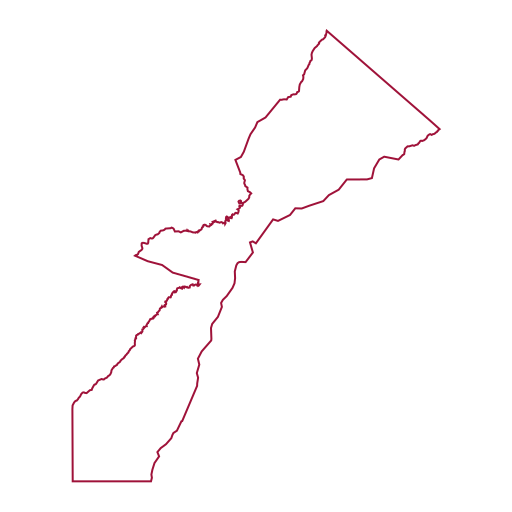 the district of Manoel Urbano, Acre, Brazil
{"feature_id": "56859067B24533287655933", "entity_name": "Manoel Urbano", "entity_type": "district", "adm_level": 2, "iso_a3": "BRA", "parent_name": "Brazil", "parent_adm1": "Acre", "projection": "albers", "projection_center": [-69.938, -9.396], "detail": "fine", "context": "isolated", "style": "outline", "palette": "rose", "viewbox_px": 512, "rotation_deg": 0, "n_neighbors": 0, "source": "geoboundaries", "source_scale": "gbopen_adm2", "svg_char_len": 6051}
<svg xmlns="http://www.w3.org/2000/svg" viewBox="0 0 512 512"><path d="M235.4,159.9L240.2,172.4L240.4,174.1L241.9,174.7L243.2,175.5L243.9,177.0L243.6,178.0L243.9,178.9L244.6,179.6L244.9,180.4L244.3,182.6L244.3,183.5L245.1,185.1L245.3,186.1L247.5,187.6L247.4,189.2L247.9,191.2L250.0,192.2L251.2,193.4L250.1,194.5L249.3,195.7L249.2,197.5L248.4,198.9L245.2,201.8L242.6,203.2L242.9,204.0L242.5,205.4L241.9,205.9L239.5,205.6L239.3,206.3L240.0,207.5L239.4,208.3L237.5,209.3L238.3,209.9L238.7,210.5L238.4,212.1L237.7,213.5L236.0,212.8L235.4,212.9L234.1,214.6L233.4,214.8L232.6,214.3L232.0,214.9L231.9,217.5L231.6,218.2L230.7,218.0L230.2,217.1L228.7,218.3L228.0,217.7L227.6,216.9L226.7,216.5L226.2,216.9L225.9,218.3L226.3,219.2L228.1,219.5L229.0,220.1L228.8,221.0L225.9,219.9L225.4,220.8L225.2,221.8L225.6,223.0L225.1,223.9L225.0,223.2L224.0,223.0L223.0,223.3L222.8,222.7L221.3,222.1L219.5,222.7L217.9,222.0L217.3,222.2L215.9,221.4L215.6,220.6L213.0,221.7L213.7,222.2L213.0,222.5L212.6,223.6L211.9,223.7L211.8,224.4L211.2,224.6L210.5,224.4L210.8,225.2L210.0,225.6L209.3,226.5L207.3,226.3L206.5,225.9L206.1,225.3L205.5,224.9L204.5,224.7L203.6,225.0L203.6,225.8L202.8,226.2L202.8,227.1L202.0,227.6L201.5,229.3L200.1,230.3L199.3,230.2L198.7,230.6L199.0,231.2L198.6,231.7L198.0,231.7L197.6,232.4L197.0,232.0L196.1,232.1L195.6,232.7L194.8,232.5L192.9,232.4L190.4,231.4L188.6,231.3L188.2,230.6L187.6,230.9L187.1,230.2L186.8,230.9L185.9,230.6L184.8,230.8L184.0,230.7L180.8,232.4L178.6,231.3L174.9,231.5L173.6,228.7L172.6,228.0L171.5,227.6L170.7,228.2L165.5,228.6L164.4,229.8L163.0,230.4L160.7,230.7L159.6,232.0L159.3,233.0L157.6,234.4L156.7,234.5L155.3,235.1L153.2,237.9L152.6,238.4L151.6,238.5L150.3,238.1L148.5,239.2L148.2,242.8L147.8,243.6L146.9,243.8L144.0,242.9L142.2,242.9L141.7,243.4L141.6,245.7L142.4,248.2L142.3,248.9L141.5,250.0L138.8,251.9L138.0,254.1L137.4,254.6L135.6,255.2L135.0,255.7L147.7,261.2L162.1,265.0L172.7,272.6L198.6,280.0L198.3,281.2L198.5,282.0L198.0,282.6L197.9,283.3L198.1,283.9L199.0,284.3L199.7,284.3L198.7,285.6L198.1,285.9L197.7,285.0L197.1,285.3L196.8,284.7L195.9,284.5L194.7,284.9L194.1,285.5L193.2,285.5L192.7,284.3L191.8,284.6L190.9,285.0L189.8,286.1L189.7,287.5L188.1,287.8L187.0,286.9L186.3,287.3L185.2,286.6L184.3,286.5L184.0,287.7L182.7,286.7L181.9,287.2L182.5,287.8L182.1,288.7L180.4,288.0L179.7,287.3L179.1,287.8L177.3,288.3L176.8,289.5L176.9,290.4L175.8,292.2L175.1,292.3L175.3,291.7L174.8,291.1L173.9,291.3L172.6,292.7L171.9,293.9L172.0,294.8L171.3,295.2L171.0,295.8L170.9,296.9L170.6,297.4L168.8,297.2L168.2,297.8L168.0,298.8L167.3,299.1L167.1,300.2L166.6,301.0L165.3,301.5L165.3,302.3L166.1,302.9L166.2,303.6L166.0,304.5L164.8,305.0L164.9,305.8L165.2,306.5L164.6,306.7L164.0,306.3L163.3,306.4L161.9,307.4L161.7,306.7L161.2,307.6L159.9,308.6L159.6,310.4L158.7,311.2L158.0,312.2L157.1,312.7L157.7,314.2L157.0,314.2L156.3,315.0L155.4,315.3L155.2,316.2L154.5,316.0L153.8,316.5L153.9,317.6L153.5,318.2L152.9,317.9L152.6,318.7L151.4,318.7L150.9,319.2L150.3,319.1L148.9,321.7L148.2,322.4L148.1,323.1L147.5,323.3L146.5,325.2L146.7,326.1L146.1,326.1L144.9,327.1L144.0,326.8L143.4,327.6L143.9,328.2L143.0,329.3L142.3,329.5L142.4,331.5L141.3,333.0L140.8,332.4L139.3,333.6L138.1,334.0L137.9,334.6L136.6,335.1L136.1,335.7L136.1,337.2L135.7,337.7L136.0,338.4L135.4,338.7L135.3,339.6L134.8,340.3L135.0,341.1L134.8,342.9L134.9,345.0L134.6,345.7L133.9,346.2L132.9,346.5L130.0,349.3L129.8,350.2L128.7,351.3L128.4,352.5L127.0,353.7L126.7,354.4L125.2,355.7L125.0,356.6L123.9,357.4L123.8,358.1L122.1,359.2L120.5,360.7L120.3,361.4L119.7,362.1L118.1,363.2L117.5,363.8L117.1,364.8L116.3,365.2L115.5,365.9L114.0,366.5L113.8,367.4L113.0,367.9L111.5,370.3L111.2,372.4L110.2,374.5L109.0,375.6L108.2,376.0L106.9,377.6L104.6,378.7L104.0,379.4L103.2,379.5L101.6,379.0L98.1,380.5L96.1,383.8L95.4,384.4L94.6,384.5L94.0,385.1L92.2,388.4L91.7,389.9L89.9,390.2L86.6,393.1L84.9,392.9L84.0,392.4L83.2,392.4L82.5,392.7L81.2,394.1L80.0,396.6L78.8,397.7L77.9,399.3L76.6,400.7L75.8,400.8L75.2,401.2L74.1,402.5L72.6,405.4L72.4,409.1L72.7,481.3L151.0,481.3L151.9,477.8L151.4,474.5L152.4,469.7L154.5,463.0L159.1,456.4L157.4,452.1L160.7,448.1L166.0,444.2L171.3,438.2L172.4,435.0L173.4,433.0L176.9,430.7L181.4,421.3L182.2,421.1L197.1,385.9L197.2,383.4L198.1,377.7L196.8,373.1L199.3,364.6L197.9,358.7L201.7,351.4L211.2,340.5L211.4,338.9L211.0,328.0L212.2,323.9L217.9,316.9L221.9,306.9L221.1,303.0L221.4,302.4L222.9,299.8L226.7,296.1L232.5,287.9L234.5,283.3L235.1,278.2L234.8,271.4L236.3,265.4L237.6,263.1L239.2,262.1L241.3,261.9L245.6,262.1L252.9,252.5L250.0,242.4L252.7,241.4L255.9,243.3L273.1,219.4L278.0,220.9L290.0,215.0L295.3,208.3L301.7,208.5L309.3,205.7L323.3,201.1L328.9,195.1L338.7,189.7L346.8,179.5L367.0,179.4L371.9,178.1L374.1,168.3L379.3,159.5L384.2,156.7L398.5,159.5L402.7,155.0L403.3,154.8L404.2,154.1L404.5,151.7L404.8,151.1L404.8,149.5L405.2,148.5L407.6,146.3L409.3,146.3L412.5,145.3L414.1,145.8L415.5,145.1L417.8,144.4L418.4,143.3L419.2,142.8L420.0,141.3L420.6,140.8L421.2,140.7L422.1,141.0L424.2,140.2L425.8,138.9L426.7,137.9L427.5,136.0L428.6,134.9L430.1,134.1L431.7,134.9L432.5,134.3L434.2,133.9L435.1,133.3L435.7,132.6L436.9,132.0L437.3,131.2L437.8,131.0L438.2,130.2L439.6,129.1L430.3,120.8L326.7,30.7L326.5,31.3L326.8,32.0L326.4,32.9L325.9,35.1L325.2,35.4L325.5,36.3L325.1,37.2L323.1,39.3L321.9,39.7L319.3,42.2L318.9,42.8L319.1,43.6L317.4,45.4L317.0,46.1L314.7,48.0L312.7,51.1L311.9,52.9L311.5,54.7L311.9,58.4L311.7,59.8L311.3,60.4L310.4,60.9L309.9,62.4L309.4,63.2L309.4,64.1L308.5,65.2L308.0,66.6L307.2,68.3L305.2,70.4L304.1,74.4L303.0,75.3L303.4,76.9L303.2,79.0L302.0,81.4L301.3,81.8L299.8,84.4L299.3,87.0L299.0,91.1L298.5,91.7L297.2,92.1L296.7,93.5L296.1,94.1L294.5,94.4L293.5,94.3L291.3,95.1L290.7,96.7L288.2,97.1L286.7,99.5L284.9,99.3L283.2,99.4L281.7,99.8L280.1,99.7L265.5,117.5L257.4,122.1L255.1,127.5L250.5,134.2L248.7,138.4L243.8,151.8L240.9,157.0L235.4,159.9ZM241.6,202.8L241.0,201.7L241.0,201.0L240.4,200.5L239.1,200.8L238.5,201.5L238.8,202.5L239.2,203.2L240.8,203.2L241.6,202.8Z" fill="none" stroke="#9f1239" stroke-width="2"/></svg>